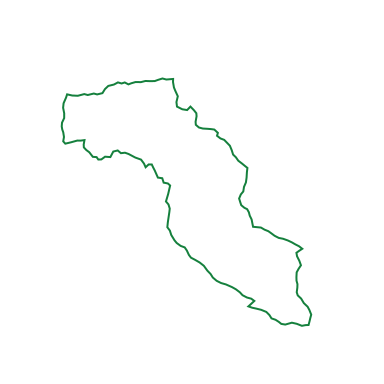 Murutinga do Sul, São Paulo, Brazil (Albers equal-area conic projection), rotated 285°
{"feature_id": "56859067B32041072242718", "entity_name": "Murutinga do Sul", "entity_type": "district", "adm_level": 2, "iso_a3": "BRA", "parent_name": "Brazil", "parent_adm1": "São Paulo", "projection": "albers", "projection_center": [-51.304, -20.996], "detail": "fine", "context": "isolated", "style": "outline", "palette": "green", "viewbox_px": 384, "rotation_deg": 285, "n_neighbors": 0, "source": "geoboundaries", "source_scale": "gbopen_adm2", "svg_char_len": 2519}
<svg xmlns="http://www.w3.org/2000/svg" viewBox="0 0 384 384"><g transform="rotate(285 192 192)"><path d="M96.1,276.1L95.8,280.1L96.0,284.2L96.1,289.2L95.4,294.8L93.2,298.6L90.5,301.5L90.2,305.8L89.0,309.5L87.7,312.4L88.1,316.4L91.6,322.3L91.8,327.3L91.2,332.8L92.8,336.1L93.7,339.0L97.6,339.0L100.8,338.9L104.4,338.9L108.3,336.0L111.1,333.4L113.6,328.8L117.3,325.0L119.5,320.9L122.3,319.1L126.9,318.5L130.3,317.7L133.4,315.9L136.8,314.9L141.5,313.9L145.6,314.9L149.4,316.2L153.3,313.5L157.1,310.1L160.3,308.6L163.0,310.8L165.7,313.2L167.3,309.4L168.2,305.2L169.2,301.5L170.0,297.1L170.4,292.0L170.1,287.7L171.1,283.1L172.5,279.6L173.9,275.9L174.4,271.8L175.5,267.8L174.8,263.6L174.2,260.0L176.8,258.7L180.9,256.7L184.1,253.9L187.1,252.2L189.7,249.7L190.3,246.7L192.0,243.0L194.4,241.4L197.9,239.2L202.3,239.8L205.8,241.4L210.4,240.9L215.2,241.6L220.0,241.0L225.4,239.9L229.6,239.3L230.9,236.3L232.4,233.0L234.2,228.6L236.9,225.4L238.8,222.0L242.6,219.6L246.5,216.6L248.6,213.1L250.7,209.6L251.1,205.6L252.8,201.6L255.8,201.7L258.1,197.4L257.7,194.2L257.1,190.9L256.1,186.0L256.1,182.0L257.9,178.3L260.7,177.3L266.4,176.8L269.2,175.8L271.5,172.7L274.1,168.4L269.9,166.1L269.4,161.2L270.6,155.4L274.8,153.7L280.8,153.5L285.4,149.7L288.3,147.5L293.3,145.2L296.3,144.5L294.0,138.1L294.0,134.1L291.4,130.0L289.5,127.3L288.1,122.3L287.2,118.3L284.9,114.2L283.6,109.0L281.3,105.2L279.5,102.7L280.4,98.7L278.6,95.9L278.7,92.1L275.6,88.8L272.8,83.7L268.9,81.3L264.3,79.9L261.7,75.1L261.7,71.7L260.3,69.1L258.7,66.2L258.7,62.6L257.1,59.8L255.4,56.8L254.2,51.3L254.0,46.1L250.5,45.9L244.5,45.0L240.0,45.7L234.9,48.2L230.3,49.4L225.3,48.5L221.6,49.2L218.8,50.5L216.3,52.2L212.0,54.1L207.6,54.5L205.9,57.1L208.6,62.1L212.0,67.9L212.8,71.1L214.3,74.7L209.8,75.1L207.1,76.0L205.2,79.0L203.8,82.5L200.3,87.1L201.0,90.8L199.1,93.1L200.0,96.0L203.6,98.9L204.6,104.1L210.7,105.5L212.9,109.5L211.1,113.3L212.6,117.1L212.3,120.9L210.6,128.3L210.1,134.4L207.0,138.3L203.9,140.8L207.4,143.0L208.2,146.0L205.6,148.2L203.2,150.4L197.1,155.3L197.6,159.7L193.7,162.2L194.0,166.5L192.6,169.2L183.9,169.5L176.1,169.3L173.9,172.5L170.2,174.8L166.9,175.3L156.5,176.5L151.6,177.3L149.0,180.6L145.1,183.1L140.8,187.6L138.8,190.4L137.0,195.0L136.6,199.3L134.1,202.2L130.4,205.3L128.3,208.0L127.3,212.4L125.9,217.6L123.8,222.5L120.0,227.2L117.6,231.2L114.8,234.2L112.6,238.8L111.6,243.6L111.5,248.7L110.5,255.2L109.4,259.5L107.5,264.2L105.4,267.5L104.3,272.4L104.3,276.8L102.9,280.4L96.1,276.1Z" fill="none" stroke="#15803d" stroke-width="2"/></g></svg>